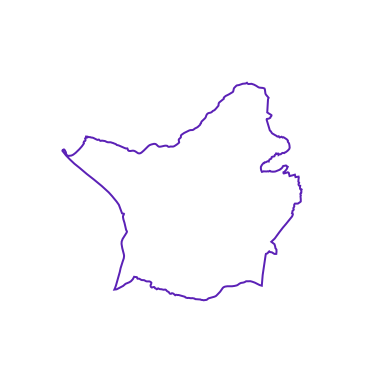 outline of Thuan Bac, Ninh Thuận, Vietnam, rotated 229°
{"feature_id": "81297802B93158398760307", "entity_name": "Thuan Bac", "entity_type": "district", "adm_level": 2, "iso_a3": "VNM", "parent_name": "Vietnam", "parent_adm1": "Ninh Thuận", "projection": "albers", "projection_center": [109.083, 11.744], "detail": "fine", "context": "isolated", "style": "outline", "palette": "violet", "viewbox_px": 384, "rotation_deg": 229, "n_neighbors": 0, "source": "geoboundaries", "source_scale": "gbopen_adm2", "svg_char_len": 6068}
<svg xmlns="http://www.w3.org/2000/svg" viewBox="0 0 384 384"><g transform="rotate(229 192 192)"><path d="M107.9,251.5L108.8,253.3L109.4,253.7L110.1,253.5L110.4,253.5L110.5,253.7L110.8,254.5L111.7,255.2L111.9,257.1L112.2,257.4L112.8,257.5L113.4,258.0L113.7,259.0L114.0,259.7L115.1,260.5L115.5,261.1L115.7,262.1L113.8,264.3L113.4,267.4L113.6,268.0L115.4,269.5L117.6,271.1L117.9,271.8L118.8,272.1L119.5,272.6L119.5,273.5L120.0,273.7L120.2,274.6L121.3,275.2L121.7,275.7L121.8,276.3L122.3,276.4L122.9,275.6L123.1,275.6L123.5,275.7L124.2,276.1L125.7,277.7L125.8,277.6L126.6,277.0L127.6,277.2L128.2,277.7L128.6,278.9L129.1,279.0L129.8,279.0L130.0,279.0L131.5,280.5L132.9,282.1L133.7,282.5L135.3,279.9L137.6,281.0L138.7,278.6L140.0,276.1L143.0,277.6L144.0,277.3L145.0,274.9L145.5,274.1L145.7,273.5L145.9,273.4L146.4,273.5L146.9,274.0L146.6,275.2L147.1,278.3L148.2,280.8L148.9,280.6L149.2,280.3L150.0,280.5L150.6,280.0L151.1,278.9L151.7,278.1L151.8,277.4L151.4,276.8L151.2,276.0L151.1,275.0L151.3,273.9L151.1,273.7L151.3,272.7L152.6,268.9L153.0,268.0L154.3,266.3L155.6,265.1L156.2,264.7L156.6,264.8L157.0,264.5L157.2,263.6L157.4,263.1L157.9,262.8L158.7,261.6L160.8,259.4L160.9,258.6L161.3,258.3L161.4,258.0L162.8,258.4L164.3,259.2L165.7,260.4L166.5,262.3L166.9,264.7L166.9,265.1L166.5,265.4L166.7,266.1L166.7,266.4L166.1,267.0L165.6,269.2L165.5,269.4L164.7,269.9L165.0,270.3L165.7,271.9L165.3,273.0L165.2,273.8L166.0,274.9L166.0,275.5L164.9,277.6L165.6,278.9L165.5,279.9L165.8,280.4L165.9,280.8L165.0,281.0L164.7,282.0L164.4,282.3L163.2,281.6L163.1,282.7L162.3,283.7L162.2,285.8L162.0,286.1L160.9,287.1L161.0,287.7L160.6,288.5L160.4,291.0L160.5,292.3L160.7,293.7L161.4,294.8L163.2,296.1L165.0,297.1L167.1,297.3L167.9,298.1L168.2,298.1L169.4,298.1L171.0,297.7L173.3,297.0L173.7,296.1L174.9,295.9L175.7,293.9L176.0,293.8L177.2,294.0L177.8,292.8L178.1,292.7L179.3,292.5L179.6,292.3L183.6,291.0L184.4,291.0L186.2,291.3L186.9,291.2L187.3,291.1L197.5,295.7L197.9,296.1L198.0,296.4L197.0,298.1L196.8,299.0L196.7,299.8L197.0,300.1L197.3,301.7L197.6,302.2L197.9,302.4L198.7,302.2L200.8,301.5L202.7,301.0L211.4,309.5L212.2,310.3L212.8,311.6L217.2,311.7L218.3,312.1L221.6,314.3L222.6,314.6L223.3,314.2L224.1,313.7L226.3,311.6L227.3,310.9L230.1,310.1L232.4,309.2L234.6,307.9L236.4,305.5L237.4,305.0L238.4,305.1L238.7,303.7L240.4,301.3L241.9,297.6L243.0,295.8L243.1,295.1L242.9,292.5L242.7,291.6L240.9,289.1L240.7,288.3L241.5,283.8L242.4,280.4L242.4,278.1L242.2,277.7L241.5,277.2L241.7,271.4L241.5,270.6L241.1,270.0L239.8,268.6L239.2,264.7L239.0,262.7L239.5,260.8L239.4,259.4L239.6,258.4L239.8,257.9L240.6,256.5L240.9,255.5L240.9,254.5L240.4,253.0L239.7,251.9L239.3,251.0L239.1,250.0L238.9,245.5L238.5,244.6L238.0,243.9L238.1,243.6L238.0,243.1L237.6,242.7L237.4,242.1L237.3,238.7L238.0,235.8L238.1,233.9L238.6,232.8L239.5,231.8L240.2,230.5L241.7,224.8L242.0,222.1L242.0,221.1L241.7,220.5L240.7,219.6L240.5,219.1L240.4,216.8L240.0,216.1L237.9,214.9L237.7,214.2L237.8,211.6L238.2,208.8L238.6,207.7L239.3,206.8L240.3,205.8L241.0,204.5L241.6,203.8L243.2,203.5L244.1,202.7L244.8,201.8L246.4,198.8L247.3,197.4L248.1,196.7L249.3,196.4L250.9,196.3L252.1,196.0L252.7,195.5L253.4,194.7L254.5,192.6L255.2,190.7L255.3,189.0L254.9,182.8L254.9,179.7L255.2,178.4L255.8,177.4L256.8,176.7L259.8,175.9L261.2,175.2L262.0,174.5L263.5,172.2L264.3,171.5L264.8,171.2L265.6,171.2L266.6,171.6L267.3,171.8L267.8,171.2L268.2,170.7L269.4,170.0L270.9,169.3L275.3,167.2L276.8,166.1L278.2,165.9L280.0,164.9L280.9,164.5L281.4,164.1L282.8,163.3L284.9,161.0L285.8,160.5L287.6,159.7L288.3,159.1L289.9,157.7L290.3,156.9L290.6,156.5L291.0,156.3L292.7,156.1L293.2,155.0L294.0,154.5L297.6,153.0L298.5,152.4L299.3,151.6L300.0,151.3L301.1,150.2L302.5,149.3L304.0,147.8L302.7,148.6L302.0,148.4L302.3,147.7L302.6,146.7L302.5,146.4L301.5,146.0L300.9,145.5L300.7,145.0L300.7,144.8L300.8,144.1L301.0,143.7L300.3,142.5L299.7,142.4L299.4,141.7L298.7,138.8L298.2,135.1L297.9,129.9L298.1,126.8L298.6,125.0L299.1,124.2L300.0,122.9L300.7,122.1L301.7,121.4L302.3,121.4L302.5,121.9L302.8,121.9L303.2,121.7L303.9,121.7L304.0,121.7L304.0,122.4L304.8,122.9L305.9,123.1L306.7,123.4L307.1,123.4L308.1,123.3L308.3,123.0L308.3,122.7L308.5,122.2L308.0,121.9L308.0,121.2L302.3,120.9L296.7,121.2L290.5,121.8L283.9,123.0L274.7,124.4L266.0,126.1L255.9,127.8L246.4,128.9L241.7,129.0L234.2,128.8L230.3,128.4L221.8,125.2L221.5,125.3L220.4,126.3L220.1,126.3L219.5,125.2L219.1,124.1L218.1,123.3L216.2,122.2L213.0,120.8L206.8,117.5L204.9,117.0L204.3,116.2L202.1,108.9L200.8,106.5L199.1,104.8L195.5,102.6L189.7,99.7L188.3,98.8L186.7,97.0L184.9,93.9L181.4,88.2L179.0,85.0L171.4,73.4L170.0,70.9L169.3,69.4L168.0,71.3L166.3,78.4L166.3,81.6L165.0,85.5L164.7,87.5L165.0,90.1L166.0,92.7L165.1,93.4L164.3,94.2L163.8,94.5L163.4,94.4L162.6,94.0L162.2,94.1L161.4,95.1L160.9,95.4L159.1,96.0L158.4,96.4L157.2,97.7L156.7,98.1L154.8,98.8L154.0,99.4L152.7,101.0L151.7,101.6L151.1,101.8L150.2,101.8L149.4,100.9L149.0,99.8L148.4,99.2L147.5,98.8L146.9,98.8L146.3,99.0L145.5,100.6L145.2,101.0L144.7,101.2L143.6,101.0L143.0,101.4L141.8,101.5L141.5,102.1L141.5,103.2L140.1,103.8L139.5,104.2L138.8,105.0L136.9,106.4L135.9,107.8L135.3,108.1L134.4,108.1L133.3,108.2L131.8,108.8L130.1,108.6L129.7,108.7L129.3,109.0L128.9,109.4L128.9,110.2L128.7,110.5L128.1,111.0L127.3,111.3L125.1,111.6L124.9,112.5L124.4,113.0L123.7,113.5L123.1,114.3L117.6,117.9L116.7,117.9L115.1,118.9L114.2,120.1L113.2,120.9L112.4,121.6L111.8,122.5L111.1,123.1L109.9,124.0L109.0,124.2L105.4,127.8L104.5,128.2L103.6,129.1L102.7,129.7L101.0,132.3L100.9,134.7L98.2,140.4L97.8,141.9L97.9,143.8L98.3,147.9L99.4,152.3L99.4,153.4L98.9,154.9L97.7,156.8L94.7,160.2L93.2,162.5L92.1,164.6L91.8,166.1L91.7,167.7L91.2,169.4L90.1,171.1L89.5,172.4L89.1,174.3L88.0,175.6L86.3,177.6L84.8,178.6L82.5,179.9L77.4,182.0L75.5,183.2L83.0,190.9L96.1,206.2L96.8,207.2L96.2,208.7L96.6,211.0L96.5,211.4L95.6,211.4L94.1,212.7L91.4,213.5L91.0,213.8L90.0,215.0L91.5,216.6L93.2,218.0L94.8,218.1L96.3,219.0L98.5,220.0L102.4,219.2L102.6,223.9L104.3,231.3L105.5,237.3L106.2,242.0L107.9,251.5Z" fill="none" stroke="#5b21b6" stroke-width="2"/></g></svg>